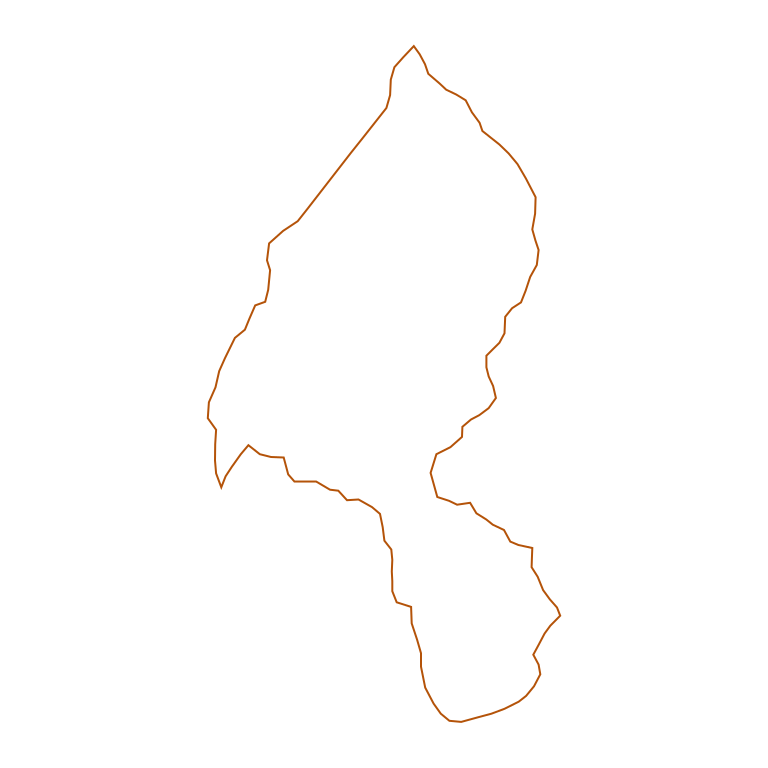 the district of Três Fronteiras, São Paulo, Brazil
{"feature_id": "56859067B3080152432416", "entity_name": "Três Fronteiras", "entity_type": "district", "adm_level": 2, "iso_a3": "BRA", "parent_name": "Brazil", "parent_adm1": "São Paulo", "projection": "mercator", "projection_center": [-50.865, -20.277], "detail": "fine", "context": "isolated", "style": "outline", "palette": "amber", "viewbox_px": 768, "rotation_deg": 0, "n_neighbors": 0, "source": "geoboundaries", "source_scale": "gbopen_adm2", "svg_char_len": 1748}
<svg xmlns="http://www.w3.org/2000/svg" viewBox="0 0 768 768"><path d="M449.4,720.8L461.2,721.9L478.7,717.1L491.4,713.7L504.5,708.8L518.7,701.7L526.1,695.9L534.0,686.3L540.3,674.3L538.6,664.6L533.3,654.7L538.6,644.9L544.6,633.5L550.3,625.7L560.2,615.7L557.0,607.5L549.8,599.3L543.1,590.1L537.7,576.8L531.6,567.2L531.9,558.4L532.3,548.0L518.4,545.0L510.3,541.6L504.0,530.0L492.8,524.7L486.3,519.5L476.4,513.3L470.1,502.8L457.1,504.7L449.0,500.8L437.3,497.0L430.6,472.9L436.4,454.2L450.5,447.1L462.0,436.9L462.4,426.8L471.0,419.5L479.2,415.2L488.7,408.1L495.9,398.0L493.1,386.0L488.7,376.5L486.4,367.3L486.4,355.7L493.1,349.0L499.4,342.8L504.5,333.3L505.2,316.8L512.1,308.2L521.0,302.4L525.6,290.8L530.2,276.9L536.8,265.0L538.6,250.0L535.4,240.4L532.3,229.4L535.1,213.7L535.6,197.2L525.9,178.5L517.5,164.1L508.6,153.4L499.4,144.5L482.4,131.0L479.6,122.8L471.9,112.3L465.7,100.3L456.2,94.5L446.2,89.7L439.6,83.5L428.3,73.8L425.0,64.2L419.7,54.3L413.8,46.1L403.4,57.1L394.4,67.2L390.8,79.6L390.1,95.1L386.4,108.0L362.5,138.3L350.7,153.1L307.5,208.8L297.7,221.2L283.1,230.9L269.1,243.4L267.0,260.3L270.1,270.2L268.2,289.8L265.2,301.8L255.2,305.4L249.4,318.7L244.9,329.7L234.9,337.9L225.0,358.1L219.2,371.1L215.5,387.3L208.9,402.3L207.8,418.2L216.1,429.8L215.2,444.2L215.0,460.5L216.1,473.4L221.3,487.3L225.6,476.3L231.9,466.7L240.8,454.2L248.4,445.2L259.8,454.2L271.0,457.0L283.7,457.5L288.2,474.4L294.4,481.5L316.1,481.5L330.0,489.7L338.3,490.7L347.0,500.2L358.5,499.5L372.0,507.1L380.0,513.9L382.7,527.2L384.4,540.7L391.3,549.5L392.3,559.9L391.8,571.5L392.3,581.1L392.3,591.2L396.7,602.3L411.1,606.9L411.7,623.4L417.1,639.7L421.0,653.2L421.0,666.7L425.2,687.6L433.6,703.6L440.8,713.7L449.4,720.8Z" fill="none" stroke="#b45309" stroke-width="2"/></svg>